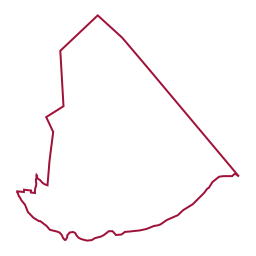 outline of Lae District, Morobe, Papua New Guinea
{"feature_id": "67681753B22982473942373", "entity_name": "Lae District", "entity_type": "district", "adm_level": 2, "iso_a3": "PNG", "parent_name": "Papua New Guinea", "parent_adm1": "Morobe", "projection": "natural_earth1", "projection_center": [146.975, -6.676], "detail": "fine", "context": "isolated", "style": "outline", "palette": "rose", "viewbox_px": 256, "rotation_deg": 0, "n_neighbors": 0, "source": "geoboundaries", "source_scale": "gbopen_adm2", "svg_char_len": 1627}
<svg xmlns="http://www.w3.org/2000/svg" viewBox="0 0 256 256"><path d="M21.4,200.3L25.0,204.7L27.9,212.0L33.5,217.8L38.9,221.1L40.2,221.1L46.5,225.9L49.9,229.8L57.5,231.7L59.6,232.6L61.8,235.0L63.0,237.9L64.7,239.9L65.6,239.9L67.2,237.4L67.2,235.5L69.7,232.5L73.1,232.0L75.2,233.0L76.5,235.4L78.6,237.8L81.6,239.2L87.0,240.6L91.7,240.1L95.0,238.1L100.9,236.6L103.8,235.1L108.8,231.2L112.6,231.2L116.0,235.0L121.5,234.5L124.9,231.9L126.5,231.8L130.6,231.4L140.0,230.4L146.7,228.9L154.2,225.9L157.6,225.4L160.5,224.4L166.8,220.0L177.8,215.2L183.2,210.1L192.8,204.2L204.1,192.9L207.4,188.5L208.7,188.0L212.4,182.1L219.1,176.7L223.8,176.1L232.2,176.1L234.2,174.2L235.9,174.1L238.9,176.5L144.2,63.6L122.1,37.6L97.7,15.4L60.3,50.8L63.5,106.2L46.2,117.1L50.0,125.1L50.9,127.1L53.2,132.0L50.0,156.9L49.3,163.0L48.9,168.3L48.5,173.2L47.5,185.3L44.7,184.3L42.8,183.1L41.8,182.1L39.9,179.9L39.5,179.7L37.8,178.7L37.3,177.8L37.1,175.8L36.5,175.0L36.3,175.9L36.6,177.2L36.5,177.8L36.0,179.0L36.0,179.7L35.9,180.4L35.9,180.9L35.9,181.4L36.0,182.0L36.1,182.3L36.2,182.9L36.3,183.5L36.3,184.5L36.2,184.8L36.1,185.2L36.0,185.5L36.0,186.1L35.9,186.6L35.6,187.1L35.3,187.9L35.1,189.8L35.0,190.3L34.9,191.0L34.9,191.9L34.9,192.3L35.0,192.9L35.0,193.0L30.9,192.5L31.0,190.5L24.5,189.8L24.1,189.7L23.9,192.0L17.2,191.3L17.1,192.2L17.3,192.5L17.5,192.6L17.6,192.8L17.7,193.0L17.8,193.3L18.0,193.5L18.1,193.9L18.2,194.3L18.3,194.8L18.4,195.1L18.5,195.4L18.6,195.5L18.8,195.9L19.2,196.5L19.3,196.6L19.4,196.8L19.5,197.0L20.0,197.6L20.2,197.9L20.2,198.0L20.3,198.1L20.4,198.4L20.5,198.6L21.4,200.3Z" fill="none" stroke="#9f1239" stroke-width="2"/></svg>